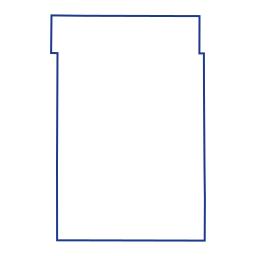 the district of Dunn, Wisconsin, United States of America
{"feature_id": "52423323B57646152356448", "entity_name": "Dunn", "entity_type": "district", "adm_level": 2, "iso_a3": "USA", "parent_name": "United States of America", "parent_adm1": "Wisconsin", "projection": "orthographic", "projection_center": [-91.869, 44.947], "detail": "fine", "context": "isolated", "style": "outline", "palette": "blue", "viewbox_px": 256, "rotation_deg": 0, "n_neighbors": 0, "source": "geoboundaries", "source_scale": "gbopen_adm2", "svg_char_len": 291}
<svg xmlns="http://www.w3.org/2000/svg" viewBox="0 0 256 256"><path d="M204.5,166.8L204.0,92.4L203.9,53.4L199.4,53.4L199.5,16.1L88.5,15.8L85.8,15.8L51.5,15.4L51.1,53.0L57.5,53.1L57.0,166.0L57.1,240.3L204.7,240.6L204.9,199.2L204.5,166.8Z" fill="none" stroke="#1e3a8a" stroke-width="2"/></svg>